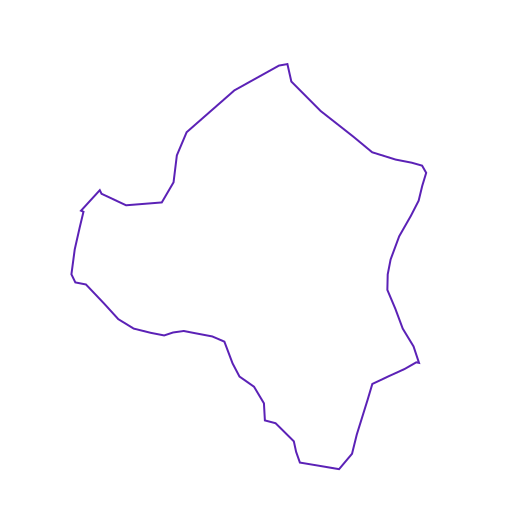 the Statistical Region of Bogdanci, rotated 191°
{"feature_id": "MKD-2996", "entity_name": "Bogdanci", "entity_type": "Statistical Region", "adm_level": 1, "iso_a3": "MKD", "parent_name": "North Macedonia", "parent_adm1": "", "projection": "orthographic", "projection_center": [22.578, 41.189], "detail": "fine", "context": "isolated", "style": "outline", "palette": "violet", "viewbox_px": 512, "rotation_deg": 191, "n_neighbors": 0, "source": "natural_earth", "source_scale": "10m", "svg_char_len": 934}
<svg xmlns="http://www.w3.org/2000/svg" viewBox="0 0 512 512"><g transform="rotate(191 256 256)"><path d="M421.9,290.8L419.5,287.6L393.2,281.0L358.7,290.6L351.0,312.6L352.9,339.7L347.7,364.3L308.8,414.5L269.8,447.3L261.8,450.4L261.4,449.5L254.6,434.0L220.1,410.6L183.4,391.8L161.8,380.0L137.4,377.3L121.0,377.3L110.2,376.4L104.8,370.1L106.2,356.6L106.9,341.3L111.6,325.1L119.2,302.7L123.2,278.3L123.2,263.1L120.6,247.8L109.1,230.7L98.1,212.7L84.1,197.3L75.6,182.2L78.4,182.2L88.5,173.5L102.4,163.6L117.4,152.6L119.0,136.2L123.0,100.0L124.0,80.2L133.8,62.6L173.5,61.6L179.3,71.5L183.5,81.3L204.9,95.6L215.9,96.3L220.1,112.9L233.0,127.3L249.2,134.5L258.5,146.1L270.7,165.9L283.6,168.7L301.2,168.6L312.7,168.6L322.8,165.1L331.0,160.5L344.6,160.5L362.2,161.4L379.1,167.7L396.0,180.3L417.5,195.6L428.3,195.6L433.7,202.8L435.2,227.9L434.5,250.5L433.8,266.5L436.4,267.1L421.9,290.8Z" fill="none" stroke="#5b21b6" stroke-width="2"/></g></svg>